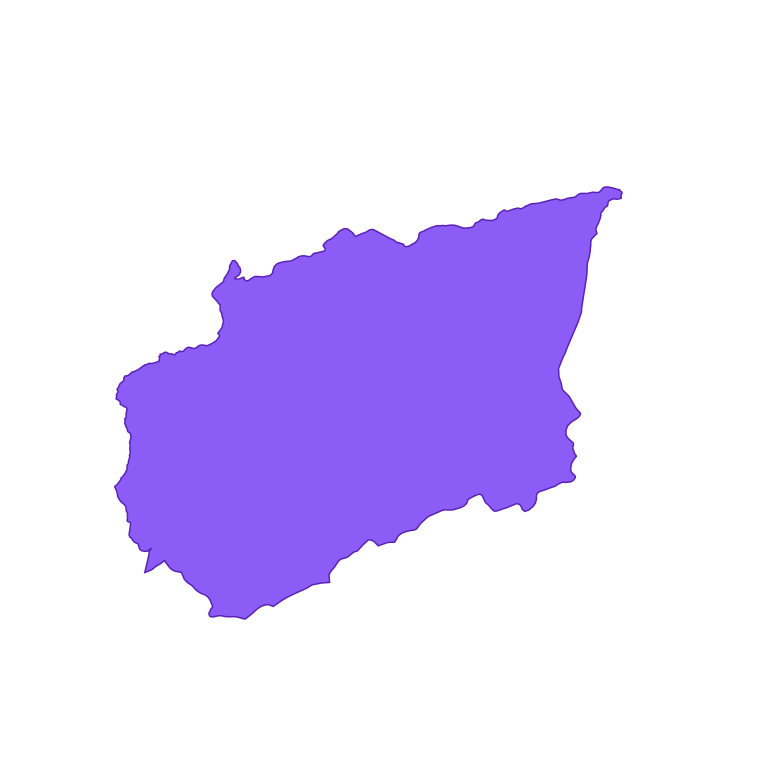 Penipe, Chimborazo, Ecuador (Equal Earth projection), rotated 67°
{"feature_id": "8360857B23969397471508", "entity_name": "Penipe", "entity_type": "district", "adm_level": 2, "iso_a3": "ECU", "parent_name": "Ecuador", "parent_adm1": "Chimborazo", "projection": "equal_earth", "projection_center": [-78.46, -1.554], "detail": "fine", "context": "isolated", "style": "filled", "palette": "violet", "viewbox_px": 768, "rotation_deg": 67, "n_neighbors": 0, "source": "geoboundaries", "source_scale": "gbopen_adm2", "svg_char_len": 6159}
<svg xmlns="http://www.w3.org/2000/svg" viewBox="0 0 768 768"><g transform="rotate(67 384 384)"><path d="M394.6,173.9L391.3,172.4L365.7,156.4L360.8,153.7L352.2,149.6L347.6,145.8L344.1,143.4L337.9,139.9L333.5,137.9L331.4,135.9L328.7,129.2L325.0,128.7L323.4,127.9L321.4,126.0L320.1,124.1L316.3,120.6L313.4,118.3L311.5,117.8L310.1,114.9L307.6,111.3L307.7,109.7L307.3,108.6L304.2,106.6L303.1,105.1L303.3,100.0L304.9,97.6L305.7,93.9L305.5,92.8L302.8,92.2L301.3,90.2L300.1,90.1L298.6,91.2L297.3,91.1L296.8,91.6L296.5,92.6L292.6,97.2L290.1,101.0L289.1,103.4L289.0,105.4L291.3,110.3L291.4,112.3L289.0,117.0L287.9,123.1L287.1,124.4L285.4,128.7L285.5,131.1L286.6,135.2L284.7,142.8L284.7,145.4L284.0,149.3L281.0,153.0L280.5,154.5L278.0,171.0L275.7,177.9L275.7,184.7L276.3,187.6L276.2,189.6L274.5,191.8L273.7,195.3L273.2,202.3L272.8,204.1L271.2,204.7L270.7,205.4L271.4,209.5L272.0,211.6L273.3,213.5L275.5,215.0L276.0,217.8L275.9,219.7L275.2,221.8L273.2,225.9L270.8,228.8L270.9,231.2L271.7,233.9L271.5,236.7L271.8,237.4L273.7,239.7L274.0,240.5L273.9,242.5L273.3,245.3L272.0,248.9L270.9,250.7L266.5,255.5L264.7,258.3L263.1,262.7L262.3,266.0L261.0,267.9L260.5,270.1L259.2,272.6L258.8,274.2L258.4,279.5L258.5,285.7L258.8,287.6L258.6,291.5L259.2,292.7L260.2,293.5L262.4,294.5L265.0,297.5L266.3,301.2L266.2,302.9L266.8,306.6L266.7,308.4L265.9,310.7L264.9,311.5L263.2,311.4L259.4,315.4L259.0,316.7L255.2,318.8L253.3,320.8L237.4,333.7L236.5,336.9L237.1,340.5L237.2,343.3L236.9,344.8L237.0,352.8L232.7,353.7L227.2,356.8L226.0,358.7L225.4,360.5L225.9,365.8L227.5,368.8L229.1,373.4L229.8,375.9L229.8,379.6L230.9,383.0L232.1,385.1L233.0,386.0L236.4,385.2L237.4,385.8L238.3,387.4L236.4,397.9L237.7,400.8L237.8,401.8L237.6,403.1L235.0,407.0L234.0,409.4L233.4,413.3L233.8,414.3L234.4,421.5L232.3,428.4L231.6,433.3L231.5,435.1L232.8,438.8L235.3,441.2L238.2,443.2L239.3,445.4L239.5,446.3L239.3,448.4L238.6,450.7L238.6,452.6L235.8,458.0L234.6,460.9L234.8,464.1L235.7,468.0L235.6,469.6L235.3,470.3L234.4,471.1L233.0,471.7L231.2,471.3L230.8,471.7L230.6,477.1L228.9,480.0L228.3,480.0L227.9,479.4L227.2,475.5L226.3,473.8L224.8,472.3L223.6,471.7L220.9,471.2L219.9,471.3L219.0,471.9L215.0,472.0L212.3,473.2L211.7,473.9L211.4,475.2L211.7,476.0L213.4,477.8L214.4,479.3L215.4,480.2L217.7,481.1L218.3,481.7L221.6,485.5L224.2,489.7L227.1,491.9L229.4,500.6L231.8,505.3L234.0,507.2L236.3,507.6L243.7,505.0L245.5,504.8L247.0,503.8L252.1,506.1L255.4,505.8L258.5,506.5L261.8,506.8L264.5,507.7L266.3,509.4L268.6,510.9L272.4,517.0L273.1,517.1L274.4,516.4L275.6,516.5L278.4,521.2L278.8,522.4L279.5,527.1L279.7,531.2L279.3,532.6L277.7,534.8L276.6,537.2L276.4,539.3L277.4,543.3L277.0,545.2L273.7,549.6L273.8,552.2L275.3,555.9L275.2,557.7L274.2,558.6L273.8,559.9L274.4,560.9L274.1,563.0L274.9,564.1L275.3,565.5L273.7,567.1L273.0,568.6L271.3,570.9L269.7,571.9L269.1,573.9L269.6,576.0L269.2,578.5L270.3,578.8L271.0,580.5L272.0,580.3L272.9,580.7L275.3,582.6L274.5,589.6L273.5,591.5L273.2,592.7L273.3,595.5L272.9,596.8L274.7,604.4L274.9,608.6L274.6,611.2L276.1,615.7L276.1,617.1L275.5,618.8L275.7,619.8L276.5,620.9L279.0,622.1L279.7,623.5L280.3,626.1L281.0,627.4L282.6,628.9L284.8,631.9L287.3,631.7L289.3,634.5L291.2,635.1L292.7,636.3L293.7,636.1L294.5,635.1L296.7,634.1L298.2,633.9L299.2,634.7L300.0,634.6L301.8,632.7L303.0,632.4L304.2,630.9L305.3,630.3L306.9,630.4L310.2,632.8L313.9,634.5L314.9,636.4L316.5,636.6L319.1,638.1L321.3,637.9L322.3,638.3L323.6,637.9L325.6,638.0L327.1,638.5L328.5,638.1L329.1,637.4L330.0,636.9L332.1,637.0L335.1,638.3L338.3,641.0L342.4,642.0L343.5,643.1L348.0,644.3L350.5,646.4L351.1,646.3L352.0,646.8L355.5,649.6L357.2,650.3L358.5,652.4L359.8,652.7L362.5,654.2L365.0,657.2L367.5,661.4L367.6,662.5L369.4,664.0L372.2,668.8L373.0,671.6L373.7,672.1L377.4,671.9L380.8,672.3L383.2,673.1L386.8,672.8L389.7,672.1L393.6,670.1L396.0,669.6L400.1,670.8L401.3,670.6L404.0,671.1L405.7,672.1L407.4,672.5L408.9,673.6L409.8,673.9L410.5,673.6L412.1,671.8L412.9,671.7L414.5,672.3L422.6,677.3L423.9,677.7L425.7,677.7L427.5,676.5L428.7,676.6L432.2,675.5L435.0,672.9L440.7,673.4L442.7,672.3L444.7,669.4L445.5,666.6L445.5,666.0L444.4,663.6L444.3,662.2L446.5,665.6L449.6,667.3L464.1,677.9L464.3,671.3L463.9,668.9L462.8,665.7L462.2,660.6L460.7,654.8L462.5,654.8L470.1,652.8L472.6,651.4L474.8,649.3L478.3,644.1L485.5,644.1L489.6,642.7L494.9,639.3L499.9,637.7L502.7,636.1L504.9,634.5L508.7,630.7L511.6,629.2L514.8,628.5L522.1,628.7L523.3,631.1L526.7,634.8L528.9,635.2L530.2,634.8L531.5,632.8L532.7,627.0L533.7,624.3L536.1,621.0L538.3,616.3L539.6,612.8L541.3,609.9L545.5,604.7L546.1,603.3L543.8,595.0L541.6,588.8L540.6,583.7L541.1,578.9L541.7,577.1L542.6,575.7L545.5,572.9L543.3,562.6L542.6,557.4L542.1,550.0L541.8,535.6L540.8,528.7L542.8,519.1L545.4,511.6L538.4,509.3L536.8,507.7L535.6,505.9L533.3,501.2L529.2,495.2L528.4,492.1L529.1,486.1L529.0,484.7L527.1,478.2L526.9,477.2L527.3,473.9L523.9,466.3L521.4,459.3L521.7,458.4L522.6,457.0L524.9,454.7L530.7,452.6L531.2,443.6L532.1,440.0L533.7,436.4L533.5,435.4L529.5,430.5L528.8,428.2L528.3,426.0L528.4,422.1L528.9,418.4L530.3,412.8L530.3,411.3L529.4,409.3L526.6,404.6L523.8,396.8L523.2,393.8L523.1,380.0L523.4,377.6L525.9,372.2L526.9,369.4L527.7,362.1L527.5,358.5L527.0,356.3L525.8,354.1L523.1,351.7L522.4,345.7L522.4,341.1L522.5,339.9L523.0,338.6L524.9,337.3L532.9,336.9L536.6,335.0L541.3,333.7L544.1,332.2L544.8,330.6L545.2,327.8L545.4,323.3L545.8,320.5L545.9,309.0L547.0,307.1L548.2,306.1L550.2,305.6L553.6,305.7L556.3,304.2L556.6,299.8L554.8,294.2L552.9,291.3L549.9,288.8L546.6,287.5L545.3,286.6L544.2,284.9L543.8,282.0L544.3,277.8L544.6,269.9L545.0,266.9L544.3,262.9L544.0,259.3L544.3,257.5L545.4,255.6L546.8,251.4L547.0,248.9L546.3,246.6L544.9,244.4L543.5,244.0L538.4,245.9L536.9,245.9L534.4,245.0L531.2,243.0L529.7,241.6L526.9,237.6L525.9,235.4L525.4,235.1L522.3,235.7L516.5,235.3L514.0,233.4L512.4,232.8L506.3,235.6L503.5,236.3L501.6,236.2L499.0,235.2L497.1,234.0L494.2,231.4L492.2,226.5L491.1,219.3L490.2,217.2L489.3,215.8L488.5,215.0L487.5,214.6L481.6,216.7L467.8,218.4L459.5,221.8L457.0,221.6L452.6,220.6L445.7,220.1L438.0,217.3L429.8,209.2L425.6,204.4L422.2,201.3L402.6,180.9L394.6,173.9Z" fill="#8b5cf6" stroke="#5b21b6" stroke-width="1.5"/></g></svg>